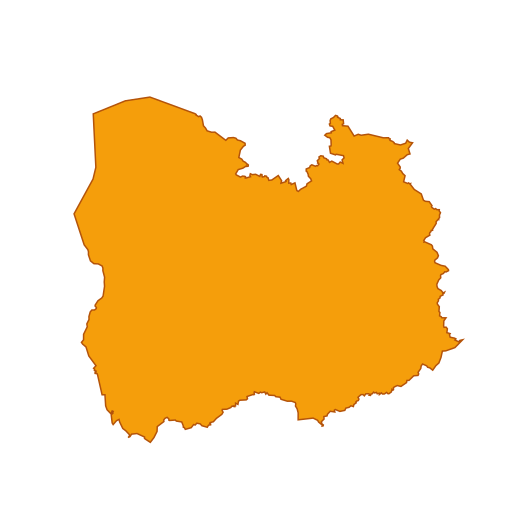 Newport Lea-4, North Tipperary, Ireland, rotated 347°
{"feature_id": "5873133B73905952621151", "entity_name": "Newport Lea-4", "entity_type": "district", "adm_level": 2, "iso_a3": "IRL", "parent_name": "Ireland", "parent_adm1": "North Tipperary", "projection": "albers", "projection_center": [-8.21, 52.789], "detail": "fine", "context": "isolated", "style": "filled", "palette": "amber", "viewbox_px": 512, "rotation_deg": 347, "n_neighbors": 0, "source": "geoboundaries", "source_scale": "gbopen_adm2", "svg_char_len": 6097}
<svg xmlns="http://www.w3.org/2000/svg" viewBox="0 0 512 512"><g transform="rotate(347 256 256)"><path d="M429.4,177.1L427.2,179.8L421.7,180.3L416.1,177.6L416.1,176.6L414.9,175.1L412.6,173.5L413.0,172.1L412.3,172.0L411.8,170.6L406.7,169.5L392.9,162.6L385.6,162.0L383.0,160.4L378.6,161.2L374.8,150.2L369.6,148.5L369.7,147.1L371.1,146.8L371.6,143.0L368.8,142.2L369.1,141.0L366.7,139.2L367.1,138.4L366.6,137.7L365.1,136.9L362.6,138.5L359.7,139.2L358.7,140.7L358.3,143.5L357.2,143.9L357.4,145.9L359.9,146.9L361.1,151.1L357.2,151.7L357.1,152.9L352.2,152.6L350.2,153.8L352.5,156.5L354.5,157.3L355.2,159.6L354.2,164.8L353.7,165.7L352.2,165.6L351.7,172.6L356.2,175.4L357.0,174.9L363.8,177.9L363.9,180.2L361.5,181.7L361.6,185.3L359.2,183.4L357.2,184.9L355.8,184.6L351.2,180.6L348.7,181.3L347.8,178.6L346.8,178.3L346.6,177.1L344.1,175.5L344.0,173.9L341.7,172.9L339.6,173.7L339.8,175.2L337.1,177.0L337.4,179.0L337.0,179.3L338.0,180.6L336.3,182.0L335.2,181.5L334.2,182.0L330.9,179.7L329.2,180.3L328.1,181.9L324.5,182.5L324.0,184.6L324.6,185.1L325.2,188.0L325.0,190.1L326.7,193.0L327.0,195.3L322.0,197.1L320.8,199.3L314.6,201.0L311.8,202.6L310.5,201.4L310.4,193.5L306.4,194.3L306.3,192.7L304.3,192.4L305.2,189.0L304.9,187.7L302.2,189.0L301.8,189.3L302.1,190.0L301.5,190.3L296.7,190.7L297.9,188.4L295.8,182.6L288.5,185.5L285.5,185.2L285.4,182.6L284.4,181.9L284.2,180.6L282.6,179.9L282.3,180.5L280.1,180.5L279.8,180.3L280.1,178.0L279.2,177.6L278.8,177.5L277.6,179.3L274.0,176.3L270.7,175.9L269.0,174.6L268.2,176.1L268.5,177.5L263.6,177.8L263.0,177.5L263.6,176.3L262.9,175.8L260.9,175.1L258.6,175.6L255.0,172.5L254.7,171.4L258.1,167.8L262.9,167.5L266.8,166.1L267.1,166.7L268.6,166.7L269.0,165.6L268.4,164.6L267.9,164.6L266.9,162.5L264.8,160.7L263.9,158.4L261.4,156.2L264.6,149.3L268.4,146.3L270.4,145.6L270.7,143.7L266.8,140.2L264.0,138.8L262.9,136.7L260.6,135.5L255.5,134.7L252.6,136.5L243.9,126.1L240.5,125.4L236.5,123.0L235.6,120.0L234.1,117.3L234.4,111.2L234.1,108.6L233.0,107.0L231.4,107.3L229.2,105.0L229.5,104.6L228.7,103.7L188.4,77.3L163.6,75.4L129.4,80.9L119.9,133.6L114.5,144.4L88.2,174.0L91.1,206.5L93.6,212.0L93.7,214.2L93.0,217.1L93.6,223.5L96.3,227.0L100.5,228.2L103.8,231.1L104.1,233.4L103.5,235.9L103.7,242.6L102.3,247.1L101.6,251.5L98.0,260.6L96.3,262.2L92.0,264.0L88.2,267.7L88.0,268.8L88.9,270.2L88.5,271.3L86.5,272.3L83.9,271.7L81.9,273.2L79.6,277.4L79.0,280.3L75.9,284.1L75.7,287.0L70.4,293.5L69.1,298.9L66.5,300.9L67.3,302.9L69.9,306.4L70.6,315.8L75.4,326.9L72.5,328.9L73.3,330.0L72.8,331.1L74.2,332.0L74.2,332.9L73.1,333.0L72.8,334.2L74.7,334.9L74.9,336.2L74.8,356.6L77.6,357.2L75.8,368.2L76.3,372.3L79.1,377.0L81.0,374.6L81.9,375.3L80.9,376.5L81.2,376.9L79.2,378.2L78.3,386.3L78.9,388.1L83.0,385.1L85.8,384.4L85.8,387.0L87.4,394.1L89.8,397.0L92.4,401.5L92.3,402.8L90.6,404.1L92.6,403.6L94.7,401.6L100.1,402.2L106.7,407.3L106.3,408.4L106.7,409.2L111.1,413.8L115.7,410.0L120.1,404.7L121.4,400.0L129.0,396.6L129.2,395.0L130.8,393.7L133.1,393.2L134.4,395.1L134.2,396.4L134.7,396.8L140.5,397.7L141.2,398.9L146.3,401.0L146.9,404.9L146.7,406.6L147.6,407.0L148.1,409.0L154.3,408.7L157.3,406.2L158.7,407.0L160.7,405.6L163.9,407.0L165.1,409.2L170.0,411.9L171.7,410.1L173.8,410.3L174.0,409.5L173.3,408.7L173.9,408.0L177.2,407.9L180.9,405.3L187.1,402.6L188.8,400.8L188.2,398.9L188.7,397.9L193.2,398.7L197.3,398.0L198.8,396.9L200.9,397.8L200.7,397.1L202.3,397.5L203.0,394.8L205.0,396.5L206.3,393.5L207.9,392.9L214.1,394.0L215.6,393.2L215.6,390.9L221.6,390.3L222.8,390.7L223.4,390.3L223.3,389.1L223.9,387.9L227.8,390.5L229.6,389.6L230.8,390.5L233.9,390.4L234.5,392.8L236.0,391.7L237.3,394.5L242.8,396.1L243.6,397.5L247.7,399.0L248.1,401.2L253.8,404.5L257.9,405.4L261.3,407.6L261.5,409.0L260.7,411.1L261.7,414.1L261.8,418.3L260.2,425.1L275.2,426.8L279.1,430.0L279.6,431.8L282.6,435.8L282.2,436.6L283.2,436.6L283.6,435.8L282.5,434.5L282.4,432.2L285.6,430.2L286.0,427.7L289.2,427.8L290.1,426.2L293.4,424.0L297.7,425.7L297.6,423.9L298.7,423.4L302.8,426.3L307.8,426.4L309.4,424.4L312.6,424.4L314.8,423.3L317.0,424.6L318.0,422.7L320.6,421.6L320.4,420.8L321.2,420.1L323.2,419.8L324.1,418.6L323.6,416.6L327.1,414.7L329.2,415.1L330.1,416.6L332.0,415.0L334.6,415.5L335.8,416.5L335.0,417.1L336.2,417.6L337.1,416.4L338.3,416.4L339.9,415.1L340.8,416.1L342.7,416.0L343.1,417.5L345.4,417.5L345.1,418.7L347.4,417.6L348.2,418.9L350.1,419.3L352.6,418.3L353.6,419.9L354.5,420.1L357.3,418.9L358.5,416.5L359.2,417.5L359.9,417.2L360.3,415.2L361.4,414.7L364.5,414.0L367.9,415.7L374.2,413.2L375.0,411.2L377.1,411.6L382.7,408.2L387.0,408.8L388.0,407.5L387.7,406.0L388.1,405.5L391.2,402.7L392.2,400.3L394.0,398.7L397.6,401.4L398.2,403.0L400.1,404.0L402.5,407.0L406.6,403.3L410.1,401.4L413.4,396.5L416.2,390.6L419.6,391.1L429.2,390.0L438.5,384.1L435.6,384.1L434.2,385.2L430.9,382.6L432.1,381.7L431.0,380.7L426.9,378.8L426.8,376.2L427.7,375.3L424.7,373.6L426.1,370.0L425.2,368.1L423.2,367.8L423.1,366.3L424.4,361.5L427.2,359.0L423.2,358.0L422.8,356.8L421.4,355.6L422.5,352.4L421.8,351.2L423.2,346.6L421.9,343.6L422.1,342.3L423.7,340.7L423.9,339.2L425.8,338.3L426.4,336.7L429.5,336.0L429.6,334.2L430.8,334.6L431.5,333.7L430.0,334.1L428.7,331.3L425.9,328.7L425.5,326.1L425.9,324.1L428.7,320.4L431.1,318.8L431.4,316.6L432.0,315.7L434.6,315.2L436.4,313.8L437.6,314.3L440.3,313.6L440.4,312.5L438.0,308.5L434.1,306.7L428.9,302.8L428.8,301.3L429.4,300.2L432.4,298.7L433.8,296.7L433.2,293.1L429.9,288.8L430.1,286.0L429.4,284.5L423.6,280.2L422.9,280.2L423.3,279.5L422.9,278.7L425.3,276.3L430.1,274.8L430.0,273.5L430.7,272.2L431.8,271.7L432.5,270.5L433.8,270.7L434.0,269.7L438.9,264.8L439.2,263.1L441.4,261.5L442.2,261.7L442.3,260.7L443.5,259.9L444.0,257.3L445.5,255.3L444.6,253.2L445.0,252.1L442.6,251.5L441.7,250.2L440.3,250.5L438.3,248.3L438.1,247.3L438.8,246.5L437.0,242.0L433.3,240.8L431.7,239.3L431.0,232.7L425.2,226.8L422.4,220.7L422.8,220.2L421.9,220.2L421.2,219.1L420.0,219.4L416.5,216.9L419.3,211.3L417.5,208.6L416.7,206.0L415.0,204.1L416.3,202.8L416.5,201.6L414.8,197.4L418.3,194.1L421.5,193.8L426.2,191.3L429.0,191.2L428.6,185.5L434.0,180.9L431.1,179.6L429.4,177.1Z" fill="#f59e0b" stroke="#b45309" stroke-width="1.5"/></g></svg>